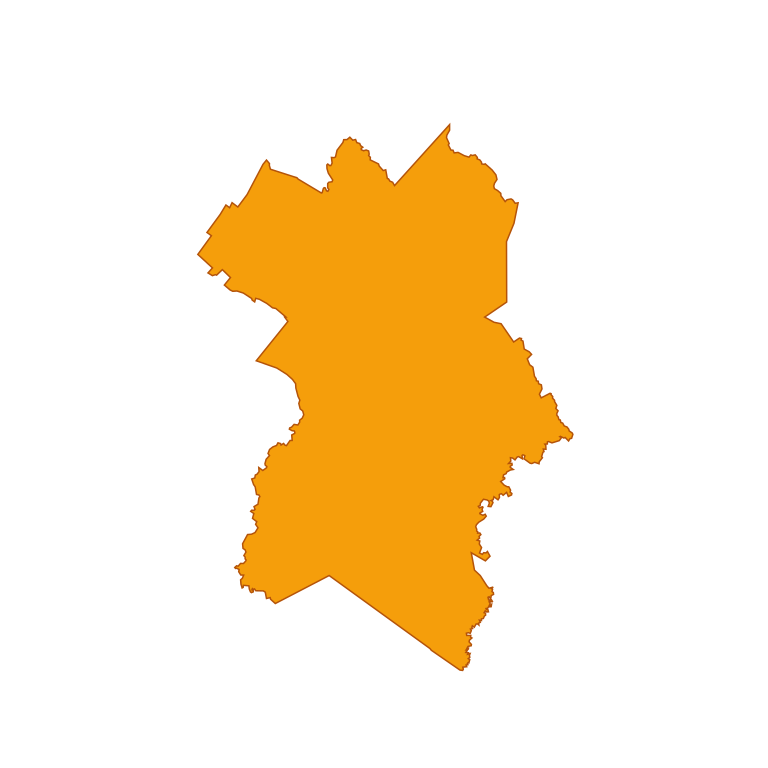 the district of Light, South Australia, Australia, rotated 306°
{"feature_id": "25037944B8971178176615", "entity_name": "Light", "entity_type": "district", "adm_level": 2, "iso_a3": "AUS", "parent_name": "Australia", "parent_adm1": "South Australia", "projection": "robinson", "projection_center": [138.756, -34.41], "detail": "fine", "context": "isolated", "style": "filled", "palette": "amber", "viewbox_px": 768, "rotation_deg": 306, "n_neighbors": 0, "source": "geoboundaries", "source_scale": "gbopen_adm2", "svg_char_len": 6159}
<svg xmlns="http://www.w3.org/2000/svg" viewBox="0 0 768 768"><g transform="rotate(306 384 384)"><path d="M197.2,613.6L198.5,616.0L199.9,615.8L201.2,614.2L203.9,617.1L204.9,615.6L206.2,616.8L206.7,615.8L208.0,615.8L208.2,616.6L211.4,615.4L211.3,613.6L213.3,614.1L214.7,612.6L216.5,612.1L214.5,610.5L216.2,610.2L214.9,608.0L217.9,607.9L217.0,606.7L218.1,606.7L219.2,608.0L220.0,607.6L219.0,606.5L221.1,606.2L223.5,608.4L224.7,607.8L225.4,604.4L226.9,603.7L230.2,604.4L230.0,602.9L231.6,602.0L229.2,598.7L230.8,597.1L232.4,598.5L233.0,600.3L235.8,599.6L236.5,598.0L238.2,599.4L238.6,598.2L240.3,597.6L240.3,600.0L244.0,599.6L244.9,600.8L244.8,602.4L246.1,601.1L247.8,602.0L249.0,600.0L249.9,601.9L251.3,600.9L252.7,602.2L255.3,601.6L256.7,602.1L258.3,600.8L257.8,599.4L260.0,599.2L260.1,601.3L261.1,602.4L262.6,600.6L261.9,599.2L262.3,598.5L263.4,599.6L265.1,599.6L266.8,601.6L268.8,600.6L267.2,600.5L266.4,599.4L268.8,598.9L269.6,597.0L270.5,597.1L270.6,598.6L271.9,599.4L273.1,596.3L271.6,596.9L270.8,595.5L272.6,593.5L273.7,594.1L273.2,595.2L274.1,596.0L275.9,595.1L278.2,596.3L279.6,595.0L279.5,593.4L281.7,592.5L281.6,591.3L283.9,591.7L280.5,589.0L281.2,585.8L285.6,574.5L286.6,566.6L298.8,553.8L300.5,570.0L307.0,571.0L309.3,566.1L307.3,565.8L306.1,563.8L304.0,563.7L303.4,560.6L309.0,559.1L310.6,555.1L313.3,553.8L312.4,551.1L315.5,551.9L316.6,550.5L319.1,550.9L319.8,549.1L318.4,547.4L319.5,546.8L319.5,545.4L321.0,544.4L322.4,542.1L324.4,541.5L327.9,541.9L333.4,544.1L337.2,544.4L338.1,542.4L335.9,541.2L335.4,537.7L336.2,537.4L338.9,538.8L340.2,537.0L342.5,536.5L342.5,535.7L339.8,534.0L340.5,532.2L342.2,533.2L344.3,532.0L349.2,532.2L350.7,535.4L350.9,537.5L349.5,539.3L346.2,540.2L347.6,542.6L352.1,541.9L352.8,540.5L352.6,539.1L354.6,540.3L357.4,539.2L357.3,544.3L360.1,544.1L362.2,542.3L363.2,542.6L364.3,543.6L364.0,545.8L368.4,546.9L366.1,550.7L369.2,552.4L370.6,551.8L370.7,549.5L372.5,548.8L374.2,545.4L373.3,544.1L372.8,540.8L373.7,535.7L378.3,537.4L379.2,536.5L378.2,535.3L380.8,534.1L383.3,535.5L384.8,535.0L388.7,536.8L390.8,538.8L390.8,535.0L391.6,534.5L393.8,535.3L395.0,534.1L392.9,531.5L396.2,531.9L398.7,529.6L399.7,531.6L399.6,534.6L403.3,534.7L404.4,535.6L404.8,539.9L407.3,537.7L408.2,537.9L408.7,538.9L408.7,540.2L405.8,541.2L405.8,548.8L406.5,550.3L409.2,551.9L410.6,556.3L412.4,555.3L417.5,555.5L417.9,554.2L422.2,552.7L423.3,553.2L425.0,551.1L426.4,553.4L429.5,550.9L429.9,549.5L431.5,551.4L433.3,550.2L434.2,551.0L435.1,554.5L441.2,559.1L445.1,559.1L444.7,557.2L445.3,557.4L446.0,561.3L447.2,562.0L446.4,566.8L449.2,566.6L450.3,567.7L454.3,566.4L455.0,565.1L454.9,561.4L456.0,560.1L456.8,557.3L456.0,554.5L457.4,551.5L456.8,549.7L458.5,547.8L458.0,546.5L459.9,544.0L460.2,542.3L461.8,541.1L464.6,540.6L465.2,537.4L468.3,536.4L470.0,532.4L471.1,531.5L471.6,528.7L473.0,527.9L473.6,525.3L474.4,524.9L474.1,523.8L465.2,519.3L467.1,515.7L472.9,514.7L475.8,511.8L475.1,508.9L476.9,507.2L476.2,505.4L477.8,503.8L478.7,501.2L485.1,494.6L485.2,490.5L488.6,485.1L494.7,486.0L495.4,482.6L494.7,476.9L500.4,471.2L500.1,469.1L501.6,468.5L500.8,466.6L494.2,464.2L501.6,443.3L498.6,436.7L497.3,426.1L522.4,435.1L571.2,399.4L590.4,394.7L609.4,386.0L607.3,383.9L608.6,379.8L608.4,378.0L605.4,375.2L602.8,374.8L605.0,368.0L606.9,366.4L607.3,362.2L606.9,358.5L608.7,356.4L611.4,355.4L615.9,355.2L619.0,351.6L620.7,345.6L621.6,336.4L620.6,336.0L619.5,333.7L620.8,332.4L621.6,329.9L620.9,327.0L622.2,326.3L623.0,323.1L620.8,321.2L620.4,319.6L617.5,319.4L615.9,314.7L614.9,307.8L612.2,304.9L613.7,302.4L612.6,300.7L615.2,295.5L616.8,295.4L620.0,289.8L622.2,288.6L627.9,287.9L632.4,284.6L550.7,275.9L552.3,272.4L551.6,269.5L552.6,267.1L552.2,265.9L558.3,259.5L556.2,257.9L557.5,252.0L558.8,250.2L557.2,241.1L559.4,239.7L559.8,237.3L561.3,236.9L563.5,234.6L562.8,232.0L560.7,230.4L560.2,227.9L561.2,227.1L563.1,227.7L563.1,225.0L564.3,223.0L563.3,220.1L565.1,217.3L562.9,215.4L563.6,211.3L560.0,210.4L558.0,207.8L555.3,208.8L545.5,208.6L539.2,211.3L537.8,210.6L536.4,208.3L532.2,212.2L529.5,212.6L528.8,211.8L528.9,209.2L527.6,209.0L524.7,211.3L521.8,215.1L518.9,222.6L517.1,223.1L514.8,220.8L513.1,220.6L509.6,223.1L509.1,225.0L506.9,225.3L506.5,223.9L508.1,221.1L507.7,220.2L506.6,220.0L502.4,221.5L501.7,221.0L499.3,194.2L499.7,192.4L491.0,165.9L493.5,162.7L495.0,161.8L496.1,157.3L490.6,157.0L456.8,161.9L441.3,161.7L441.4,154.5L435.9,155.5L435.9,150.9L424.9,151.8L402.5,151.7L402.5,157.2L379.4,157.2L377.1,177.0L370.4,176.3L370.8,181.5L373.3,183.3L373.7,184.6L381.5,186.0L379.9,197.2L370.2,196.7L369.6,204.1L370.1,207.1L372.8,210.4L374.9,216.7L375.4,226.6L374.4,228.0L374.4,231.1L377.9,229.9L379.3,233.4L380.3,241.8L380.1,249.0L381.5,252.1L380.5,265.3L379.7,264.4L378.1,269.5L327.7,267.0L333.9,287.8L334.7,299.8L333.9,307.3L332.3,312.3L328.9,315.1L323.4,321.8L321.5,325.4L318.2,326.5L314.6,330.8L314.4,334.1L311.9,337.2L308.2,337.9L305.1,337.0L303.6,338.2L300.2,338.4L298.5,335.0L294.8,334.6L293.0,333.5L291.8,334.0L292.2,337.1L293.3,339.0L292.6,340.2L291.6,340.8L288.5,339.3L284.4,342.9L283.1,341.2L276.8,341.3L276.3,339.9L276.9,337.7L274.1,336.6L275.0,335.3L274.1,332.8L271.1,333.2L267.9,331.1L263.8,329.9L259.6,331.0L258.8,333.4L253.8,332.9L249.6,334.5L248.5,335.7L248.4,337.7L247.2,338.2L242.8,336.8L242.8,331.8L239.7,334.4L236.4,334.3L234.7,333.4L232.0,334.7L229.4,332.8L226.0,337.6L225.1,340.2L219.7,345.8L220.7,348.0L219.9,349.8L218.2,349.8L212.7,352.7L208.4,350.9L206.7,353.4L205.4,353.1L204.1,351.1L202.6,351.0L202.7,354.8L198.0,356.6L197.8,362.0L195.0,362.6L193.6,366.6L188.0,367.0L184.6,365.1L182.0,362.1L171.6,363.5L168.1,366.6L168.2,369.1L166.9,371.1L162.8,371.5L162.3,373.5L160.9,374.4L160.6,375.9L159.6,376.2L156.2,375.8L154.5,373.4L150.9,373.1L150.3,371.6L147.8,371.1L147.5,372.3L148.3,373.0L148.8,375.8L146.7,376.8L145.3,380.4L146.9,382.8L143.5,383.6L141.3,383.1L138.0,385.9L135.6,389.1L136.7,389.6L138.5,388.6L141.3,393.3L138.9,395.6L137.3,398.2L137.3,399.4L139.0,400.4L140.0,399.8L139.8,398.1L141.1,397.8L141.0,399.0L142.1,399.7L141.4,401.8L145.7,408.0L145.8,410.3L141.4,415.0L144.3,417.5L143.2,418.7L142.5,425.1L196.8,452.2L197.0,576.7L196.4,578.7L197.2,613.6Z" fill="#f59e0b" stroke="#b45309" stroke-width="1.5"/></g></svg>